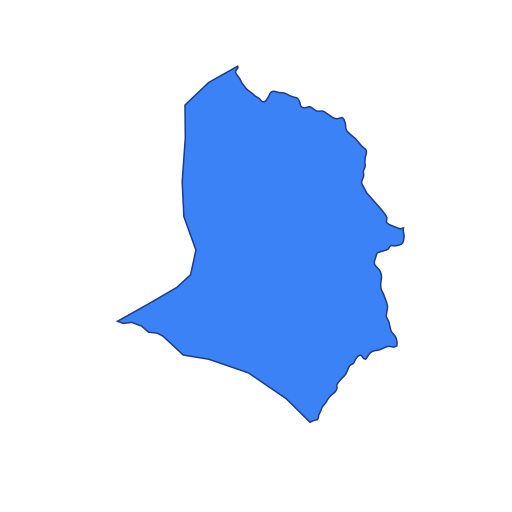 an SVG outline of Bongolava, rotated 145°
{"feature_id": "MDG-5871", "entity_name": "Bongolava", "entity_type": "Autonomous Province", "adm_level": 1, "iso_a3": "MDG", "parent_name": "Madagascar", "parent_adm1": "", "projection": "mercator", "projection_center": [45.906, -18.601], "detail": "fine", "context": "isolated", "style": "filled", "palette": "blue", "viewbox_px": 512, "rotation_deg": 145, "n_neighbors": 0, "source": "natural_earth", "source_scale": "10m", "svg_char_len": 2855}
<svg xmlns="http://www.w3.org/2000/svg" viewBox="0 0 512 512"><g transform="rotate(145 256 256)"><path d="M299.7,86.7L301.7,87.7L304.2,88.4L307.1,88.8L313.1,121.7L329.2,164.5L353.8,198.4L372.4,216.6L378.2,243.8L381.3,249.6L387.7,255.2L390.0,264.3L395.9,272.9L403.5,277.0L406.9,282.0L369.0,278.2L338.9,275.7L320.3,278.2L301.8,295.3L292.5,329.6L274.0,359.0L246.1,393.4L227.6,420.4L195.2,425.3L162.2,422.0L162.4,421.1L162.8,420.6L163.4,420.3L166.2,419.3L167.0,418.8L167.5,418.0L167.7,416.4L167.6,410.6L168.3,405.8L168.1,399.8L167.8,397.9L167.4,396.1L165.6,390.7L164.9,387.4L163.2,383.7L162.9,382.4L162.7,380.3L162.3,378.9L161.0,377.7L159.8,377.6L158.8,377.7L155.7,378.7L153.9,379.5L151.4,381.1L150.5,381.4L149.4,381.6L148.4,381.5L147.5,381.1L146.7,380.5L145.4,379.1L143.6,376.9L139.9,373.8L138.7,372.3L138.1,371.4L136.4,367.9L134.1,364.7L132.2,362.6L131.7,361.5L131.5,360.1L131.8,357.6L132.2,356.1L133.1,354.0L133.3,352.8L133.0,351.5L132.0,350.1L131.0,349.3L126.8,347.9L125.9,346.9L125.1,345.2L124.0,341.8L123.1,340.2L122.3,339.1L119.0,337.0L118.2,336.4L117.6,335.6L117.2,334.8L113.9,325.9L112.4,323.4L111.8,322.7L111.1,322.1L110.2,321.6L107.2,320.5L106.2,320.1L105.7,319.0L105.6,317.4L106.5,314.1L107.2,312.4L109.0,309.5L109.4,308.6L109.7,307.3L109.8,305.7L108.6,300.2L108.3,299.2L107.2,295.0L106.3,285.3L105.8,283.2L105.2,281.2L105.1,280.0L105.3,278.7L106.4,277.2L108.2,275.5L109.7,274.4L112.8,270.7L113.3,269.9L114.8,267.3L115.5,266.6L116.2,265.9L118.7,264.5L119.4,263.8L120.0,263.1L120.9,261.2L121.4,260.4L122.1,259.7L122.8,259.1L126.0,256.9L126.7,256.3L127.4,255.6L127.9,254.1L129.1,244.0L126.5,220.6L126.4,214.2L126.6,213.1L127.0,212.1L127.6,211.3L129.7,209.1L129.6,207.7L128.9,205.5L123.6,197.2L122.2,195.6L119.1,194.4L120.8,192.4L121.5,191.1L122.0,189.6L122.9,187.9L124.0,186.4L126.6,183.7L128.2,182.7L130.1,182.3L132.8,183.0L134.9,183.8L136.9,184.9L138.2,186.1L139.4,187.1L140.8,187.1L142.3,186.4L144.0,185.8L146.3,186.3L153.6,188.7L155.3,188.9L162.3,183.5L163.4,181.8L163.7,180.0L163.0,173.6L163.2,171.5L163.9,169.2L165.0,167.1L169.8,161.7L171.0,159.9L172.0,158.1L172.7,156.3L173.2,152.4L175.7,142.8L177.0,139.6L178.1,138.0L183.4,132.6L184.2,130.9L184.7,127.2L185.1,125.4L188.0,118.3L188.4,116.6L188.4,114.8L188.0,111.2L188.1,109.3L188.7,107.4L189.5,105.2L190.7,103.3L192.2,101.6L194.5,102.0L196.0,102.9L198.0,104.9L199.2,105.9L201.2,106.8L208.4,108.2L211.0,109.3L213.0,110.3L215.0,111.0L217.4,111.2L220.4,110.5L224.2,108.8L225.6,108.7L226.6,110.3L226.8,114.1L228.0,115.3L230.3,115.4L234.0,114.2L236.0,113.0L237.9,112.1L240.2,112.4L242.2,112.4L244.0,111.5L249.9,107.9L252.5,107.1L256.3,106.5L261.3,105.2L263.2,104.4L264.4,103.2L265.2,101.5L266.9,100.1L269.7,99.2L274.9,98.7L277.9,98.0L280.3,97.1L282.0,96.2L283.8,95.6L287.4,94.7L289.1,93.9L292.3,91.7L295.7,89.8L298.3,87.3L299.7,86.7Z" fill="#3b82f6" stroke="#1e3a8a" stroke-width="1.5"/></g></svg>